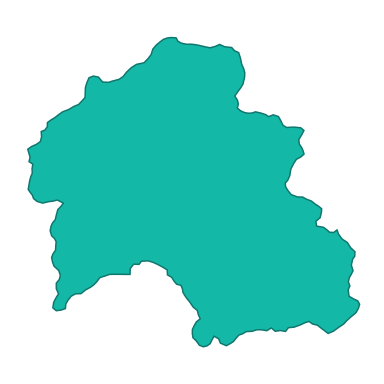 the district of Santo Antônio do Amparo, Minas Gerais, Brazil, rotated 268°
{"feature_id": "56859067B88751965199832", "entity_name": "Santo Antônio do Amparo", "entity_type": "district", "adm_level": 2, "iso_a3": "BRA", "parent_name": "Brazil", "parent_adm1": "Minas Gerais", "projection": "robinson", "projection_center": [-44.951, -20.918], "detail": "fine", "context": "isolated", "style": "filled", "palette": "teal", "viewbox_px": 384, "rotation_deg": 268, "n_neighbors": 0, "source": "geoboundaries", "source_scale": "gbopen_adm2", "svg_char_len": 3231}
<svg xmlns="http://www.w3.org/2000/svg" viewBox="0 0 384 384"><g transform="rotate(268 192 192)"><path d="M343.2,165.4L340.1,161.4L336.2,157.9L330.7,155.9L326.7,152.6L322.8,148.5L321.5,141.0L318.4,135.7L314.0,130.7L310.0,127.4L307.1,123.0L305.7,116.5L304.5,112.7L305.0,106.5L310.1,102.5L311.3,97.4L309.8,93.1L304.8,90.7L300.0,89.1L295.3,88.8L290.2,88.4L287.0,85.4L283.4,81.7L281.7,77.0L278.8,71.8L276.6,65.4L274.0,61.5L271.1,57.5L268.8,53.4L266.4,49.9L262.3,49.7L259.0,47.1L257.7,43.4L252.4,43.6L247.7,42.2L245.0,38.1L243.1,33.3L240.5,29.4L236.9,30.2L232.5,31.4L228.0,30.2L225.4,33.9L221.0,33.0L216.3,33.0L212.9,31.4L209.0,30.2L203.7,29.1L200.2,28.4L197.4,30.2L194.3,32.4L191.0,33.4L188.0,36.8L186.1,42.4L187.3,48.0L187.7,52.6L188.7,57.1L185.4,63.0L182.4,60.7L179.1,57.3L174.4,55.8L169.2,54.4L165.8,51.4L162.6,49.9L158.2,48.9L153.1,50.2L150.3,53.0L147.0,54.5L143.2,54.0L138.6,53.6L135.1,51.0L131.5,49.4L126.8,50.2L122.6,51.6L118.2,56.1L113.2,57.5L109.3,56.4L105.6,53.2L100.1,53.0L94.9,55.1L91.3,52.6L86.5,49.9L81.1,48.9L78.1,52.2L78.6,57.2L79.9,61.4L84.5,62.0L88.0,64.2L92.0,67.5L94.3,72.0L94.3,77.5L97.9,82.3L100.3,87.1L102.4,90.3L105.4,93.5L109.7,97.0L111.1,102.1L112.5,106.6L112.5,110.8L112.3,115.1L112.1,120.4L111.8,127.2L117.6,127.6L121.9,131.2L121.5,136.5L124.6,139.0L124.7,145.9L123.0,150.7L121.1,154.6L118.3,159.5L115.0,164.5L110.0,164.6L107.5,168.7L103.5,171.0L100.4,173.4L99.1,177.7L95.3,179.1L92.0,179.5L88.9,181.1L85.5,183.3L82.3,185.8L77.0,189.1L73.4,193.2L69.0,194.1L65.0,195.8L62.1,191.9L58.3,189.5L54.6,187.6L50.5,187.4L46.3,187.9L43.2,190.9L38.6,194.1L36.9,197.9L37.7,201.7L39.9,204.9L43.5,206.8L47.1,209.0L44.4,213.5L40.0,215.1L37.2,220.9L39.3,225.2L41.2,228.3L44.4,231.0L47.4,233.9L48.6,237.8L50.6,241.4L50.7,247.3L52.0,251.8L51.9,256.3L50.8,262.0L53.4,266.5L49.9,270.3L50.5,275.4L49.4,280.6L53.0,283.6L53.4,289.5L55.4,295.6L57.5,300.6L58.5,304.5L55.9,307.8L54.5,312.7L51.5,316.2L48.8,319.6L45.9,323.1L47.9,328.4L51.5,333.7L54.8,339.0L58.3,342.5L61.6,346.4L65.6,351.6L69.8,354.2L73.9,355.6L77.4,353.9L79.4,350.0L82.3,345.3L88.8,344.7L92.6,346.5L96.8,345.1L101.0,346.3L104.2,348.3L107.7,350.2L113.4,348.7L119.2,350.2L122.2,352.4L126.6,352.8L130.8,348.6L136.1,345.5L139.7,340.4L144.9,336.9L149.0,335.6L146.6,332.2L147.0,328.0L149.4,325.6L152.1,322.2L153.6,315.3L158.4,314.8L161.9,319.2L167.2,320.6L170.7,321.0L173.2,318.2L175.8,314.5L178.8,311.0L180.8,306.2L183.1,302.3L183.4,297.2L185.9,291.1L190.7,287.5L194.4,285.6L197.7,285.6L200.4,288.1L204.9,290.3L211.3,291.5L216.9,294.6L221.0,297.5L223.1,301.8L225.9,305.3L229.5,304.4L232.6,303.1L236.2,300.9L240.7,300.6L245.7,303.9L249.6,306.0L252.4,302.9L253.3,296.0L253.2,288.7L255.6,285.2L260.2,283.2L264.4,281.0L266.3,275.9L264.6,271.2L266.7,268.5L268.6,263.2L269.9,258.3L268.8,254.6L268.8,250.6L269.7,246.9L271.5,243.3L274.4,240.2L278.3,241.4L282.2,240.6L286.4,238.1L290.8,241.4L294.4,244.3L298.1,246.7L301.6,247.7L305.3,248.6L309.3,248.9L312.9,248.1L318.1,246.1L324.0,245.1L329.7,243.5L331.7,239.4L335.0,236.7L336.0,229.8L338.5,224.7L336.7,220.4L335.5,214.9L336.9,209.2L338.1,204.9L339.0,201.1L339.7,196.8L339.9,191.4L341.2,186.4L343.2,183.1L346.6,181.5L347.1,176.6L346.8,172.8L345.6,168.9L343.2,165.4Z" fill="#14b8a6" stroke="#0f766e" stroke-width="1.5"/></g></svg>